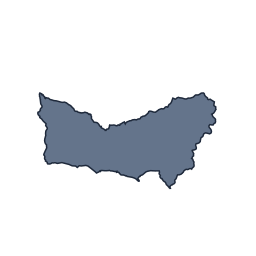 Frumosu, Suceava, Romania (orthographic projection), rotated 61°
{"feature_id": "2599482B3089317058178", "entity_name": "Frumosu", "entity_type": "district", "adm_level": 2, "iso_a3": "ROU", "parent_name": "Romania", "parent_adm1": "Suceava", "projection": "orthographic", "projection_center": [25.627, 47.639], "detail": "fine", "context": "isolated", "style": "filled", "palette": "slate", "viewbox_px": 256, "rotation_deg": 61, "n_neighbors": 0, "source": "geoboundaries", "source_scale": "gbopen_adm2", "svg_char_len": 5869}
<svg xmlns="http://www.w3.org/2000/svg" viewBox="0 0 256 256"><g transform="rotate(61 128 128)"><path d="M110.2,214.4L110.9,214.7L111.1,214.7L111.4,214.5L112.6,214.6L113.6,215.2L113.8,215.6L115.2,215.9L115.5,215.7L115.9,215.8L116.2,215.6L116.9,216.2L118.1,215.5L119.0,215.3L119.9,215.7L120.5,215.6L121.6,213.8L121.8,212.1L121.7,211.2L122.6,209.9L122.8,209.0L123.2,208.4L124.7,207.0L125.3,205.3L126.2,202.6L131.3,197.2L134.0,195.2L135.9,192.2L137.9,191.5L137.7,190.4L137.4,189.3L137.4,188.8L138.5,187.4L140.3,183.0L141.8,181.5L145.0,180.1L150.6,177.8L152.1,177.4L152.3,174.7L152.2,174.0L152.0,173.8L152.7,173.2L152.4,172.7L152.0,172.6L152.2,172.0L152.7,171.1L153.8,169.5L154.7,168.0L155.8,165.7L156.0,164.9L157.3,163.8L157.7,162.9L160.1,160.2L160.0,159.9L160.4,159.1L160.5,158.7L161.3,159.3L161.5,158.6L162.2,157.7L162.7,157.4L163.6,157.6L164.2,157.2L165.2,157.1L165.5,156.9L166.2,156.1L166.9,154.7L167.5,154.3L168.0,153.7L168.8,153.3L169.0,152.6L169.9,152.3L173.1,148.3L175.0,146.6L176.2,145.8L178.8,145.0L179.6,144.6L179.9,144.2L179.8,143.9L179.2,143.7L178.4,143.8L177.1,144.1L176.2,142.4L176.0,141.5L176.2,140.9L176.0,140.7L175.6,140.3L176.0,138.0L175.1,133.7L175.3,132.0L176.3,128.8L177.1,127.6L178.7,125.0L180.6,121.5L181.7,121.8L182.2,122.1L182.5,122.6L183.3,123.0L185.2,122.7L185.4,122.9L185.8,123.5L186.7,123.8L188.5,123.4L188.7,123.2L188.8,122.8L189.0,122.8L191.0,122.8L192.4,122.3L192.9,121.9L194.0,121.6L196.1,121.9L197.8,121.3L198.9,121.1L199.3,120.7L200.0,121.0L200.6,120.5L201.1,120.6L201.3,120.2L200.0,120.0L199.4,119.6L199.4,119.3L199.1,118.8L198.9,117.5L199.2,116.8L198.9,115.8L199.1,115.0L198.6,113.4L197.7,112.9L197.1,112.9L196.6,112.6L196.1,112.0L195.8,110.8L195.3,110.1L193.3,107.8L193.0,107.3L193.8,105.9L193.9,105.0L194.1,104.5L194.1,103.7L193.9,103.0L193.9,102.4L193.6,102.0L193.5,101.2L192.5,99.7L192.3,97.5L192.7,96.6L193.2,96.1L193.4,95.3L193.4,93.9L193.5,93.5L194.5,92.3L194.8,92.2L194.2,91.3L193.7,89.2L193.3,88.7L192.6,88.3L190.6,87.5L189.8,86.8L188.3,86.9L186.8,86.5L185.7,87.0L185.7,86.7L184.9,86.2L184.5,85.6L184.3,85.1L184.2,84.2L183.5,83.8L182.8,83.5L182.4,83.0L178.9,82.9L178.7,82.7L178.9,81.8L179.2,80.6L179.4,80.4L179.4,78.8L179.2,78.4L178.4,77.8L175.8,77.2L174.9,76.3L174.8,75.9L175.2,74.9L175.4,73.4L175.4,72.9L174.9,71.4L173.9,70.7L172.2,69.2L172.0,68.9L171.8,68.5L171.8,67.1L171.5,66.4L170.1,64.9L169.8,64.5L169.8,62.7L170.8,61.4L172.7,59.4L172.6,57.7L171.9,57.0L171.3,56.6L169.6,56.2L168.1,56.4L167.0,56.7L166.0,56.5L165.4,56.2L165.2,55.9L164.7,54.8L166.2,52.9L166.2,52.7L166.6,51.9L166.1,51.3L165.7,50.3L165.8,49.5L165.8,49.2L164.7,48.2L163.8,47.9L162.9,47.3L162.3,47.3L159.3,48.2L158.1,48.2L157.0,47.8L156.5,48.0L156.5,45.9L155.4,43.7L155.1,43.4L154.6,42.6L154.5,42.1L154.3,42.0L153.2,41.8L152.1,41.0L150.1,42.0L149.7,41.9L147.0,39.8L143.7,41.7L142.7,42.1L142.1,44.0L141.8,44.2L141.3,44.3L140.3,43.9L138.1,44.8L136.4,45.1L135.2,44.7L134.4,44.8L133.9,45.1L133.2,46.5L133.0,47.2L133.2,49.2L133.2,50.3L132.8,51.2L132.0,52.6L131.9,53.1L132.1,54.0L132.6,55.8L132.6,56.3L132.0,59.2L131.1,60.7L130.9,61.7L131.0,62.3L130.8,63.1L130.0,64.3L127.9,66.3L127.0,67.6L126.4,68.4L125.7,68.9L125.4,70.3L125.8,72.4L125.4,73.0L124.5,73.5L123.6,74.3L126.1,77.1L126.7,77.9L127.3,79.4L127.3,80.5L127.6,81.2L128.3,82.2L128.9,82.8L129.0,83.2L128.1,84.0L127.9,84.6L127.8,85.2L128.5,87.1L128.2,88.3L127.4,89.1L127.1,90.6L126.9,92.4L127.1,93.0L127.5,96.4L126.5,97.9L124.8,99.4L123.8,100.7L123.7,101.9L124.0,102.1L124.6,103.0L125.3,105.5L125.5,107.1L125.6,107.3L125.4,108.1L124.9,109.2L124.9,109.5L125.0,110.2L124.8,111.0L124.8,111.3L125.1,112.0L125.6,112.6L125.7,113.0L125.7,113.3L125.5,113.8L125.0,114.8L125.0,116.6L124.5,117.1L124.3,117.7L123.9,118.0L123.1,120.0L123.0,120.5L123.1,121.7L122.5,123.0L122.5,123.9L122.4,124.2L122.2,126.1L122.3,127.0L122.5,127.3L122.6,127.7L123.1,128.4L121.5,128.4L120.9,128.3L120.9,129.2L120.8,129.6L121.0,132.3L120.7,132.9L121.6,133.9L121.4,134.4L120.6,134.9L120.5,135.6L120.7,136.2L120.6,136.4L120.6,136.7L120.0,137.5L119.3,138.0L118.5,138.9L117.7,140.9L117.4,141.2L117.2,141.8L116.5,142.5L117.1,143.2L117.7,143.4L118.0,143.9L118.5,144.5L119.3,145.3L118.7,147.2L119.4,148.4L119.0,149.1L118.7,149.0L118.2,149.0L116.7,150.1L116.0,150.3L115.1,151.2L114.6,151.3L113.7,150.6L113.3,151.4L112.9,151.6L111.7,151.8L110.8,151.7L108.8,152.2L108.0,152.8L107.0,154.1L106.6,154.9L103.9,155.2L102.5,155.4L101.7,155.3L100.7,154.6L100.0,154.3L99.6,154.4L99.0,154.3L98.3,153.9L97.9,154.1L97.7,154.5L97.2,154.6L97.4,155.3L97.2,155.6L96.7,155.8L96.0,155.8L95.7,156.1L95.1,156.2L94.7,156.7L93.9,157.4L93.6,157.8L93.3,158.0L93.2,158.2L93.2,158.9L92.9,159.8L92.9,160.2L92.4,160.8L92.2,161.7L91.8,161.9L91.5,162.4L91.1,162.6L91.0,162.9L89.9,164.0L89.1,164.4L88.6,164.5L88.2,165.5L87.8,165.9L87.4,166.2L87.1,166.3L86.2,166.3L85.1,166.1L84.7,166.3L84.4,166.2L83.2,166.8L82.9,166.8L82.3,167.0L82.0,166.9L81.6,167.2L80.8,167.2L80.1,167.7L79.5,167.9L79.1,168.4L78.9,168.6L78.1,168.8L76.1,169.7L74.6,171.0L74.4,171.3L74.2,172.1L73.8,172.9L72.8,174.2L71.9,175.0L69.6,177.4L67.9,179.8L67.3,180.2L65.2,182.4L63.3,183.1L62.9,183.8L61.4,185.3L62.1,185.6L62.2,186.0L61.8,186.2L59.9,185.9L58.8,186.4L58.0,186.1L57.8,186.3L57.4,187.1L57.2,187.2L56.5,186.8L54.7,188.1L55.2,188.7L55.4,189.1L56.2,189.3L57.3,190.0L58.4,190.1L60.0,190.8L60.5,190.7L60.8,190.9L60.9,191.1L64.6,192.6L66.6,192.5L67.4,192.7L68.3,193.5L68.5,194.7L69.1,195.6L69.9,196.2L70.2,196.2L70.7,197.9L70.6,199.2L71.3,199.5L71.7,199.9L73.0,200.1L73.7,199.8L74.4,199.8L74.9,199.4L75.3,199.5L76.1,200.1L78.4,199.1L80.2,198.9L81.2,198.7L84.5,197.6L86.1,198.9L86.5,198.7L87.4,198.7L88.4,198.5L89.6,199.0L90.1,200.1L90.8,201.3L92.6,202.6L93.6,203.1L94.6,203.5L96.2,205.1L96.9,205.7L97.0,205.9L97.8,206.5L98.1,206.6L98.5,207.0L99.9,207.5L100.8,207.7L101.9,207.8L103.2,207.4L104.0,207.9L105.9,208.7L106.4,209.3L108.0,211.6L110.2,214.4Z" fill="#64748b" stroke="#1e293b" stroke-width="1.5"/></g></svg>